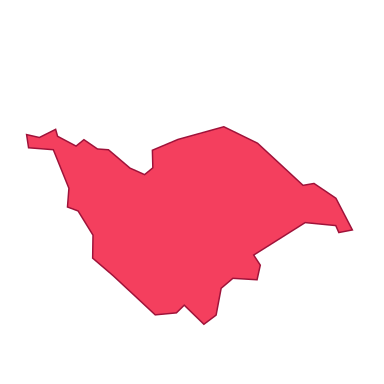 Owsley, Kentucky, United States of America, rotated 154°
{"feature_id": "52423323B86076485576940", "entity_name": "Owsley", "entity_type": "district", "adm_level": 2, "iso_a3": "USA", "parent_name": "United States of America", "parent_adm1": "Kentucky", "projection": "mercator", "projection_center": [-83.663, 37.399], "detail": "fine", "context": "isolated", "style": "filled", "palette": "rose", "viewbox_px": 384, "rotation_deg": 154, "n_neighbors": 0, "source": "geoboundaries", "source_scale": "gbopen_adm2", "svg_char_len": 645}
<svg xmlns="http://www.w3.org/2000/svg" viewBox="0 0 384 384"><g transform="rotate(154 192 192)"><path d="M315.5,316.1L319.5,303.4L298.1,290.8L301.0,249.3L310.5,233.1L302.7,224.9L299.9,196.6L310.3,176.1L299.5,151.2L278.9,97.7L259.0,90.2L248.6,93.7L239.3,67.9L224.3,70.8L208.0,92.7L193.1,96.5L172.0,84.6L162.7,96.3L164.2,108.3L103.7,114.9L77.5,98.8L77.8,91.2L64.5,87.6L65.4,123.3L78.6,146.2L89.3,149.3L111.7,207.1L134.8,236.7L181.6,245.4L209.3,246.9L216.6,230.9L227.0,228.4L237.3,240.7L248.6,266.6L258.1,272.1L266.2,286.4L276.1,284.1L288.4,301.0L287.1,308.1L305.3,307.9L315.5,316.1Z" fill="#f43f5e" stroke="#9f1239" stroke-width="1.5"/></g></svg>